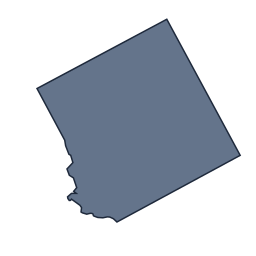 outline of Kinney, Texas, United States of America, rotated 332°
{"feature_id": "52423323B1423896904617", "entity_name": "Kinney", "entity_type": "district", "adm_level": 2, "iso_a3": "USA", "parent_name": "United States of America", "parent_adm1": "Texas", "projection": "albers", "projection_center": [-100.689, 29.354], "detail": "fine", "context": "isolated", "style": "filled", "palette": "slate", "viewbox_px": 256, "rotation_deg": 332, "n_neighbors": 0, "source": "geoboundaries", "source_scale": "gbopen_adm2", "svg_char_len": 578}
<svg xmlns="http://www.w3.org/2000/svg" viewBox="0 0 256 256"><g transform="rotate(332 128 128)"><path d="M213.3,50.2L66.2,50.4L66.4,109.1L64.6,114.4L63.5,123.5L64.6,125.2L63.1,132.7L54.9,135.5L54.0,142.2L56.4,146.4L54.7,156.6L50.3,158.4L51.6,161.4L47.4,159.2L42.3,160.4L41.8,162.1L42.1,164.4L43.2,164.9L44.7,164.3L49.3,173.7L49.6,176.5L47.1,180.1L47.9,181.5L51.1,184.7L54.6,185.6L56.2,186.6L56.7,187.5L56.3,189.2L56.7,189.9L59.3,192.8L63.7,195.5L68.1,196.8L70.1,198.1L72.5,201.2L74.1,205.8L214.2,204.8L213.3,50.2Z" fill="#64748b" stroke="#1e293b" stroke-width="1.5"/></g></svg>